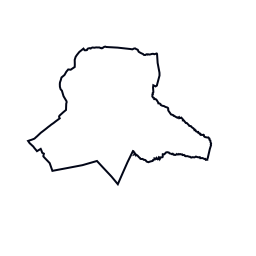 Villa Díaz Ordaz, Oaxaca, Mexico (Albers equal-area conic projection), rotated 34°
{"feature_id": "50627088B66246693607195", "entity_name": "Villa Díaz Ordaz", "entity_type": "district", "adm_level": 2, "iso_a3": "MEX", "parent_name": "Mexico", "parent_adm1": "Oaxaca", "projection": "albers", "projection_center": [-96.35, 17.054], "detail": "fine", "context": "isolated", "style": "outline", "palette": "ink", "viewbox_px": 256, "rotation_deg": 34, "n_neighbors": 0, "source": "geoboundaries", "source_scale": "gbopen_adm2", "svg_char_len": 4694}
<svg xmlns="http://www.w3.org/2000/svg" viewBox="0 0 256 256"><g transform="rotate(34 128 128)"><path d="M128.0,76.2L124.8,66.9L123.2,64.6L116.2,57.5L110.7,50.4L110.1,50.2L109.9,50.4L109.7,50.8L109.2,51.3L108.8,51.9L108.4,52.2L108.2,52.2L107.7,52.3L106.7,52.9L104.9,55.0L103.6,55.6L103.4,56.0L103.2,56.2L103.1,56.3L102.8,56.4L102.7,56.4L102.4,56.3L101.8,57.1L101.6,57.7L101.5,57.8L101.2,58.0L100.7,58.3L100.3,58.5L100.1,58.5L99.2,58.3L98.9,58.3L97.3,58.6L95.1,58.8L94.8,58.8L94.3,58.8L94.1,58.7L93.9,58.7L93.0,58.1L92.6,57.8L92.3,57.7L92.1,57.7L91.8,57.8L90.8,58.0L90.6,58.0L89.5,58.0L88.7,58.6L88.4,59.0L87.8,60.1L87.7,60.3L86.5,60.9L85.8,61.2L74.4,67.2L64.7,73.0L63.7,73.2L63.2,73.7L62.9,74.1L62.5,74.9L62.3,75.4L62.3,75.8L61.8,76.5L61.3,76.8L60.8,76.7L60.4,77.1L59.3,77.2L56.4,79.1L55.9,79.6L55.3,80.2L53.6,81.1L52.9,82.0L52.6,82.5L52.6,83.0L51.5,83.3L50.4,84.5L50.2,85.5L50.4,86.1L49.9,86.6L49.8,87.0L48.5,87.8L46.7,87.1L45.1,92.2L44.8,96.0L44.8,98.3L45.7,101.3L48.4,105.1L49.7,107.2L47.9,111.7L45.7,112.9L45.4,115.8L45.7,119.6L44.6,123.3L45.5,125.9L46.1,128.2L46.9,129.7L48.5,131.9L50.4,133.5L50.6,133.6L52.3,134.0L56.8,137.7L62.1,140.2L62.8,141.1L63.2,142.4L66.5,147.7L65.5,151.2L64.3,156.1L64.6,157.3L66.0,158.2L65.3,160.2L64.1,163.6L64.0,164.0L63.7,164.9L63.5,165.5L63.2,166.3L63.1,166.5L62.3,168.6L62.2,169.0L62.1,169.4L61.3,171.7L61.2,172.0L60.7,173.7L59.9,176.2L59.0,178.9L58.4,180.6L57.1,186.4L57.0,186.6L56.4,189.1L55.2,190.9L54.0,192.5L53.4,193.2L52.4,194.6L55.0,195.6L55.7,195.7L57.2,195.9L57.6,196.0L57.9,196.0L58.2,196.1L59.8,196.3L61.1,196.8L62.1,197.1L63.5,197.5L65.5,198.1L66.5,195.9L67.3,194.1L67.5,194.2L68.9,195.1L69.2,195.4L70.8,196.5L72.6,196.3L73.5,198.6L73.8,198.9L75.8,199.4L82.7,200.9L89.3,205.8L92.7,202.4L99.1,196.1L111.0,184.3L120.7,172.7L128.8,174.6L141.5,177.5L151.0,180.3L148.8,168.3L146.7,156.5L145.0,144.3L145.4,144.2L145.7,144.4L146.0,144.6L146.4,144.6L146.8,144.7L147.0,144.7L147.2,144.9L147.4,145.1L147.6,145.5L147.8,145.5L148.0,145.6L148.1,145.8L148.1,146.2L148.7,145.4L148.9,145.5L149.1,145.8L149.3,145.9L149.2,145.6L150.3,145.6L150.9,145.5L151.5,145.6L153.5,146.1L154.0,146.2L154.7,146.2L155.0,146.4L155.3,146.5L155.6,146.6L155.9,146.5L156.5,146.2L157.0,145.7L157.6,145.5L159.0,145.5L159.4,145.2L160.3,144.9L160.6,144.9L162.1,145.4L162.3,145.4L163.8,145.0L164.2,144.8L164.6,144.1L164.8,143.9L165.4,143.1L166.3,142.1L166.7,141.7L166.9,141.2L166.9,140.9L166.7,140.5L166.8,140.1L167.2,139.6L167.3,139.4L167.6,139.0L167.8,139.0L167.8,138.8L167.7,138.7L167.3,138.4L167.5,138.3L167.9,138.2L168.4,137.9L168.1,137.8L168.3,137.7L168.5,137.7L168.5,137.1L168.8,137.3L169.3,137.3L169.5,137.3L169.4,137.1L169.9,137.1L169.9,136.7L170.2,136.6L170.3,136.7L170.5,136.6L170.5,136.4L170.6,136.5L170.7,136.4L170.6,136.2L170.9,136.3L170.8,136.1L171.0,136.2L171.2,135.9L171.4,135.9L171.4,135.7L171.6,135.7L171.5,135.4L171.4,135.3L171.5,135.2L171.4,135.0L171.2,134.9L171.0,134.4L171.4,134.2L172.3,133.6L172.4,133.4L172.9,132.9L172.6,131.9L171.8,130.9L171.5,130.3L172.8,129.5L173.2,127.1L173.3,126.8L173.6,126.6L174.1,126.1L174.8,125.8L175.6,125.5L176.6,125.8L177.9,125.3L178.6,125.2L179.2,125.1L179.5,124.3L180.9,124.6L181.3,124.2L181.8,124.2L182.2,124.0L182.5,123.4L183.1,122.8L183.1,122.3L183.8,122.3L184.6,121.7L184.7,121.1L185.7,120.9L186.1,120.3L187.0,120.1L187.7,119.6L188.4,119.9L189.2,119.3L189.5,119.0L190.0,119.1L190.4,119.0L190.7,119.3L191.5,119.2L193.0,118.1L195.1,117.5L195.4,117.2L196.9,117.2L197.7,116.3L197.7,116.2L199.6,115.1L200.3,113.7L200.7,113.7L201.8,113.3L202.4,113.1L203.3,112.6L203.7,112.1L203.9,112.0L204.8,112.6L206.5,111.3L207.5,111.1L208.8,110.9L209.3,110.4L209.6,110.5L210.3,110.9L211.4,110.0L211.3,109.9L210.8,108.0L207.6,99.7L206.4,95.7L205.8,95.3L205.5,94.3L204.3,93.6L203.2,92.3L202.1,92.2L201.6,91.7L201.4,91.2L200.4,91.1L199.9,90.9L199.4,91.4L197.0,92.4L195.8,92.4L194.8,91.4L194.3,91.4L193.8,92.0L192.0,93.1L191.5,92.9L191.4,92.4L190.7,92.3L190.4,92.7L189.7,92.5L188.9,92.7L188.4,92.1L188.1,92.4L186.3,92.7L185.2,92.1L184.4,92.6L183.9,91.9L183.1,92.0L182.5,91.7L180.2,91.7L179.5,91.3L178.5,91.5L177.7,92.0L176.9,91.6L173.8,91.0L173.1,91.5L170.3,90.6L169.3,91.0L169.1,90.3L166.4,89.6L166.0,90.3L165.6,90.4L165.0,91.2L164.3,90.6L164.1,91.2L163.5,91.2L163.2,91.9L160.6,92.1L159.9,92.1L159.1,92.4L158.8,92.1L158.0,92.1L156.1,92.7L151.7,91.0L151.0,90.3L150.9,89.9L150.1,89.1L149.3,89.0L147.2,89.6L145.6,89.7L143.9,90.4L142.3,90.6L141.8,90.1L140.5,90.0L139.4,90.6L138.6,89.9L136.2,88.8L134.9,88.6L133.7,89.3L133.5,88.8L132.4,88.6L131.8,88.8L130.5,88.2L130.0,87.3L129.5,86.6L129.7,86.0L129.2,85.6L128.9,85.1L129.1,84.5L128.9,84.0L126.1,80.4L125.1,78.4L127.6,78.1L128.2,76.6L128.0,76.2Z" fill="none" stroke="#020617" stroke-width="2"/></g></svg>